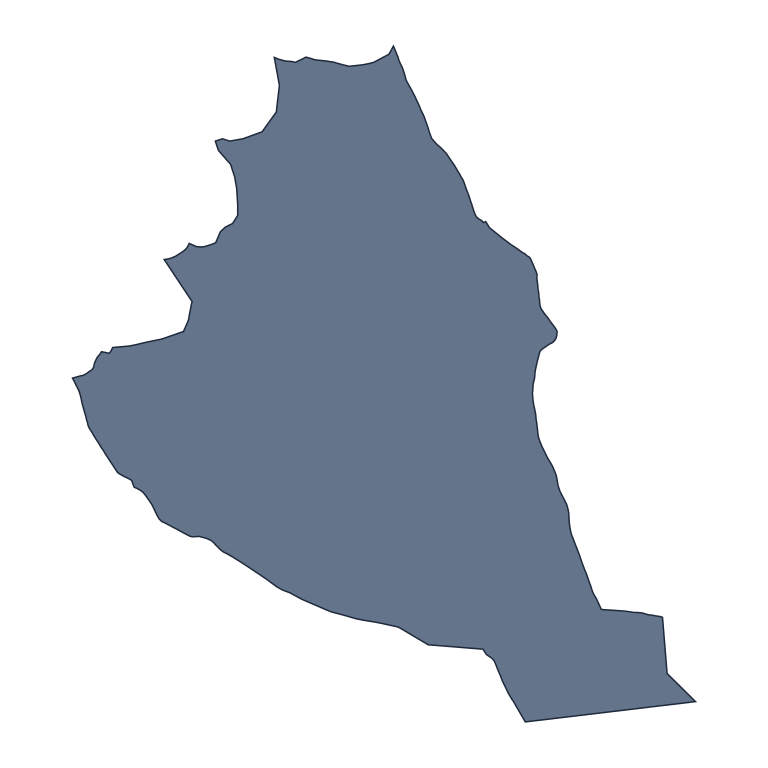 outline of Grande Riviere/Degazon, Gros Islet, Saint Lucia
{"feature_id": "8701671B86513395077945", "entity_name": "Grande Riviere/Degazon", "entity_type": "district", "adm_level": 2, "iso_a3": "LCA", "parent_name": "Saint Lucia", "parent_adm1": "Gros Islet", "projection": "robinson", "projection_center": [-60.951, 14.028], "detail": "fine", "context": "isolated", "style": "filled", "palette": "slate", "viewbox_px": 768, "rotation_deg": 0, "n_neighbors": 0, "source": "geoboundaries", "source_scale": "gbopen_adm2", "svg_char_len": 4630}
<svg xmlns="http://www.w3.org/2000/svg" viewBox="0 0 768 768"><path d="M164.2,259.5L192.1,301.6L191.4,304.2L190.6,308.6L189.9,312.1L189.2,315.6L188.7,319.2L187.4,322.6L185.6,326.8L184.3,329.5L183.5,331.5L161.5,339.1L158.6,339.7L145.9,342.3L135.4,344.8L129.6,346.0L112.7,347.5L110.9,351.2L109.2,353.3L105.6,352.5L101.5,351.7L99.6,354.5L97.2,357.4L95.5,360.7L94.4,363.4L93.7,367.2L91.8,369.9L89.4,371.4L86.5,373.6L83.4,375.3L80.4,375.9L77.2,376.8L72.5,378.1L74.4,381.7L75.9,384.9L77.4,387.7L78.9,390.8L80.4,395.4L81.0,398.0L81.7,401.5L82.4,404.6L83.8,409.5L84.7,412.6L85.8,416.2L86.4,419.1L87.4,422.3L88.2,425.9L89.5,428.6L91.4,431.5L95.6,438.6L97.3,441.1L98.9,443.6L101.1,447.4L103.2,450.2L104.7,452.9L108.9,459.3L116.6,471.1L118.4,473.3L121.0,474.7L123.9,476.4L128.4,478.5L130.4,479.6L131.7,480.5L132.4,482.6L133.4,485.3L134.3,487.3L136.8,488.3L140.5,490.4L143.3,492.6L145.8,495.8L149.2,500.6L151.8,504.5L153.6,508.0L155.0,511.1L157.1,515.4L159.3,519.1L161.9,521.6L164.8,522.9L169.0,525.1L173.1,527.3L179.6,530.7L183.1,532.7L186.6,534.5L189.9,536.2L192.2,536.8L194.5,536.7L199.2,536.4L201.7,537.1L204.1,537.7L207.3,538.7L211.0,540.4L213.6,542.5L215.6,544.9L217.7,546.9L220.7,549.9L223.1,551.8L226.1,553.3L232.8,557.1L244.1,564.2L254.9,571.4L266.2,579.0L276.9,586.9L282.9,590.2L289.9,592.8L301.6,599.2L324.3,609.0L331.0,611.8L343.5,615.1L355.9,618.7L362.7,620.1L375.1,622.1L381.7,623.4L394.8,626.3L398.1,627.0L400.6,628.4L428.2,644.8L483.0,649.2L484.2,651.1L486.4,654.5L490.2,657.1L492.1,658.5L494.3,661.0L496.3,665.8L498.0,670.3L500.0,674.7L502.7,681.7L504.8,685.9L508.2,693.0L511.5,698.7L513.6,701.7L516.5,706.8L525.3,721.9L695.5,701.6L667.1,673.5L662.5,617.3L661.3,616.9L659.6,616.4L655.6,615.9L652.5,615.2L648.0,614.7L642.0,612.9L637.3,612.5L633.4,612.4L629.9,611.8L625.5,611.2L620.5,610.8L613.8,610.3L603.7,609.7L601.3,609.3L596.6,599.1L593.5,593.8L592.1,590.4L590.7,585.8L589.5,582.8L587.9,578.2L586.3,573.4L584.8,570.1L582.6,564.2L580.9,559.4L580.1,556.9L579.1,554.2L576.8,548.2L575.0,543.6L573.2,538.9L571.2,533.8L570.5,530.4L569.7,526.1L569.2,521.5L569.0,517.2L568.7,512.7L568.0,509.2L566.7,504.5L565.0,501.0L563.1,497.4L561.4,494.1L559.9,491.1L558.0,485.4L556.9,478.6L556.1,475.0L555.0,472.1L553.5,468.6L552.1,465.5L550.1,462.1L547.8,458.3L545.9,454.6L544.2,451.0L542.0,446.6L540.5,442.9L539.3,439.8L538.2,436.0L537.8,432.9L537.6,430.3L537.1,426.3L536.7,422.8L536.0,418.8L535.8,415.0L535.3,412.3L534.6,408.9L533.7,404.8L533.0,400.2L532.7,396.3L532.4,393.5L532.7,391.3L532.9,388.1L533.1,384.6L533.6,382.3L534.5,378.6L534.8,375.5L535.1,371.6L535.7,368.6L536.6,364.5L537.4,360.9L538.5,356.8L539.6,352.7L540.4,350.7L542.8,348.6L545.7,346.7L548.6,344.6L552.1,342.8L554.3,341.0L556.0,338.4L556.8,335.4L557.1,331.6L556.5,330.1L555.2,327.9L552.7,324.6L550.9,322.3L549.9,320.9L548.2,318.2L544.6,313.9L542.3,310.5L541.1,308.7L540.2,306.3L539.7,302.8L539.5,299.9L538.9,296.4L538.8,293.4L538.0,289.1L537.8,285.8L537.3,281.4L536.9,278.8L537.0,274.1L535.8,270.8L534.3,267.5L533.1,264.5L531.6,261.1L530.5,258.6L529.1,257.0L527.0,255.8L524.9,253.8L522.0,252.3L519.3,250.2L516.6,248.3L513.8,246.4L511.2,244.8L508.6,242.8L505.3,240.3L502.8,238.5L489.5,227.7L485.7,221.6L483.7,222.6L481.4,220.4L479.1,219.1L476.4,216.9L475.2,214.6L473.6,210.4L472.6,207.2L471.6,203.8L470.6,201.2L469.2,196.6L468.1,193.6L466.7,190.1L465.6,187.1L464.1,182.7L463.2,180.3L461.1,176.9L460.0,174.7L457.4,170.5L455.7,167.5L454.0,164.7L452.8,163.0L450.1,159.1L448.1,156.1L446.4,153.5L444.1,151.1L440.7,147.6L438.5,145.8L436.3,143.8L433.8,141.0L431.5,138.1L430.1,134.1L429.5,132.6L428.5,129.2L427.3,125.6L426.3,122.8L425.4,120.4L424.2,116.8L423.0,114.2L421.8,111.8L420.7,109.5L418.8,104.6L417.0,101.0L415.1,96.8L413.1,93.0L411.7,90.2L409.0,85.4L406.9,81.6L405.9,79.3L404.7,74.7L403.5,70.9L402.0,66.8L400.3,63.5L399.0,60.5L397.8,56.4L396.7,54.1L395.3,50.4L393.4,46.1L389.0,54.2L373.6,62.4L369.2,63.5L365.8,64.2L361.9,64.9L349.1,66.3L346.0,65.5L343.2,64.9L340.1,64.0L336.2,63.0L334.2,62.2L330.0,61.7L328.0,61.2L323.9,60.8L319.8,60.3L317.0,60.1L314.2,59.6L310.4,58.3L307.4,57.5L306.0,57.1L302.0,59.2L297.8,61.1L295.5,62.4L291.9,61.5L285.7,61.1L279.2,59.4L274.3,57.4L279.4,85.3L276.3,112.0L262.1,131.8L242.8,138.8L229.6,141.1L222.5,138.8L215.3,141.1L218.4,150.4L226.5,159.7L230.6,164.3L234.7,177.1L236.7,188.7L237.7,205.0L237.7,215.4L232.6,223.5L225.5,227.0L220.4,231.7L215.7,242.7L212.8,243.9L210.4,244.8L205.8,246.2L203.4,246.9L199.9,246.9L196.4,246.6L194.4,245.7L189.2,243.4L187.6,246.7L186.2,248.7L184.3,250.4L182.4,251.9L180.3,253.3L178.3,254.5L175.3,256.4L171.6,257.9L169.8,258.5L166.8,259.2L164.2,259.5Z" fill="#64748b" stroke="#1e293b" stroke-width="1.5"/></svg>